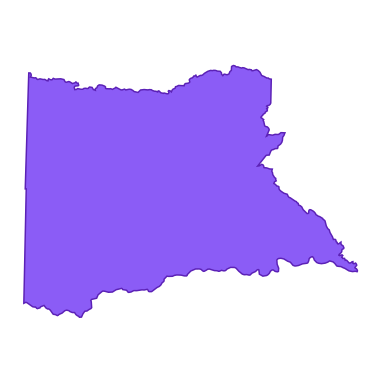 outline of Rondolândia, Mato Grosso, Brazil, rotated 91°
{"feature_id": "56859067B82212830929298", "entity_name": "Rondolândia", "entity_type": "district", "adm_level": 2, "iso_a3": "BRA", "parent_name": "Brazil", "parent_adm1": "Mato Grosso", "projection": "natural_earth1", "projection_center": [-60.996, -10.314], "detail": "fine", "context": "isolated", "style": "filled", "palette": "violet", "viewbox_px": 384, "rotation_deg": 91, "n_neighbors": 0, "source": "geoboundaries", "source_scale": "gbopen_adm2", "svg_char_len": 5889}
<svg xmlns="http://www.w3.org/2000/svg" viewBox="0 0 384 384"><g transform="rotate(91 192 192)"><path d="M191.8,358.8L191.8,357.8L306.2,358.2L305.2,356.2L305.6,355.0L309.5,349.3L309.8,347.6L309.7,346.7L310.2,345.9L310.9,345.4L311.3,344.6L310.5,342.0L309.5,341.5L308.0,338.0L310.6,335.9L311.5,334.3L311.4,333.3L312.5,331.7L316.5,328.8L316.8,328.0L316.9,326.6L317.9,324.5L317.6,323.7L316.8,322.9L315.3,319.7L312.9,317.1L312.3,315.2L312.9,312.8L313.7,311.9L314.6,309.5L314.6,307.3L316.6,305.9L317.8,304.3L318.2,303.2L319.2,302.4L319.0,300.3L315.7,298.9L313.1,297.1L312.8,294.9L311.5,293.2L310.3,291.0L309.4,290.3L303.5,290.8L302.2,291.3L301.1,290.4L299.9,285.5L296.4,284.1L292.8,279.9L292.6,279.0L292.8,277.3L293.7,273.8L293.4,269.8L291.0,266.1L289.6,260.7L289.9,260.1L290.8,259.5L291.3,256.0L291.7,255.4L293.1,254.4L293.5,253.5L293.0,251.1L291.6,248.5L291.6,245.5L290.7,240.3L290.8,238.1L290.1,235.1L291.1,234.1L292.1,233.7L292.4,232.8L292.3,230.6L288.1,225.3L287.0,223.1L285.6,221.6L283.3,220.3L282.0,218.7L281.2,218.4L279.7,218.4L276.6,215.6L276.8,213.9L276.6,210.0L275.7,208.2L275.2,205.8L275.3,201.3L276.0,198.3L276.0,196.0L275.5,195.4L274.7,195.3L271.0,191.8L268.9,187.1L268.8,183.3L269.2,181.6L270.7,179.9L271.1,179.1L271.0,178.3L269.9,176.3L269.0,175.1L268.7,173.4L270.2,168.2L270.3,165.6L270.8,164.0L270.7,163.1L269.8,161.2L270.3,158.7L270.1,157.5L269.6,156.7L268.4,155.6L266.7,152.1L266.7,148.1L267.4,146.6L270.3,143.9L273.2,140.3L273.8,138.4L273.6,135.8L274.1,133.5L274.0,132.5L272.0,130.5L270.4,127.1L268.6,125.3L268.4,124.4L268.7,123.8L273.0,123.2L274.9,119.7L274.2,116.0L273.6,114.9L272.0,113.3L269.7,112.1L268.5,110.4L268.6,109.2L269.8,107.7L270.1,106.7L270.3,105.1L269.9,104.2L266.7,104.0L262.8,105.6L258.6,106.0L257.6,105.3L257.0,104.3L256.7,102.0L257.3,99.0L259.5,95.2L260.5,92.4L263.6,89.7L264.2,87.8L264.1,86.7L263.6,84.2L261.9,80.2L261.2,75.7L260.7,74.9L258.8,74.1L256.7,73.7L255.7,72.9L254.7,71.3L254.6,70.3L256.0,69.2L257.9,68.5L260.3,66.1L261.0,64.3L261.4,61.3L260.8,57.6L259.7,54.9L258.5,53.2L259.4,49.8L260.9,48.0L263.4,46.0L263.7,44.9L264.0,41.7L265.2,39.3L265.5,38.2L268.1,33.7L268.8,30.1L268.4,27.4L268.8,25.5L268.1,25.2L267.3,25.3L265.9,26.2L265.4,27.4L264.7,27.8L262.3,26.0L261.2,26.4L260.2,27.2L260.9,28.8L260.6,29.6L260.0,30.2L259.4,29.8L258.8,29.9L259.0,30.8L259.9,31.8L260.3,32.8L260.1,33.8L257.8,35.9L257.3,36.9L257.6,37.6L255.7,38.3L255.8,40.1L255.1,40.4L254.8,41.1L253.8,40.8L252.9,40.1L252.2,40.9L253.0,43.3L252.7,44.0L251.8,43.8L250.0,41.8L249.2,41.3L246.8,41.0L246.1,39.5L245.3,39.1L243.2,40.0L242.3,41.4L241.5,42.1L239.5,42.2L241.3,44.5L241.3,45.3L240.7,45.9L239.8,46.0L239.3,46.9L237.4,47.4L236.8,48.2L237.0,49.8L234.3,50.8L230.1,53.3L227.5,54.1L226.2,55.7L223.7,57.1L218.6,58.5L217.9,59.1L217.0,60.5L216.2,60.8L214.3,64.0L214.0,65.4L213.4,66.0L212.7,67.4L212.2,67.9L211.4,68.1L210.0,69.3L209.1,70.3L207.7,72.9L207.6,73.9L208.1,74.6L209.0,74.9L211.0,75.0L211.5,75.7L211.5,76.6L207.7,80.6L205.0,82.0L203.8,83.5L203.2,85.2L201.5,85.6L200.8,86.8L199.8,87.5L199.1,89.1L196.1,93.6L195.7,94.8L194.8,95.7L192.6,96.7L191.6,100.1L189.6,103.1L188.2,104.6L187.4,105.0L185.3,105.2L184.7,106.1L184.4,107.5L183.0,108.6L182.1,110.3L180.4,109.7L179.4,108.0L178.2,108.5L176.9,108.5L176.1,109.7L173.1,111.6L171.4,111.8L169.8,112.6L167.7,112.1L167.6,114.7L166.6,117.7L166.4,120.4L164.7,120.8L163.6,121.5L163.1,122.8L164.6,125.1L164.9,126.8L154.2,118.6L153.9,117.9L153.7,115.4L149.9,114.0L148.9,113.3L148.3,112.4L148.1,111.2L147.3,110.0L147.0,107.3L146.4,107.0L144.5,106.8L142.6,104.3L140.8,103.1L138.8,102.5L135.6,102.3L133.9,101.1L131.2,100.1L131.1,104.1L132.5,105.8L133.0,106.9L132.9,110.0L133.8,112.4L133.2,116.8L134.6,117.9L134.9,118.5L128.6,115.9L127.7,116.1L126.8,116.6L125.6,117.8L125.1,119.8L124.5,120.5L120.3,121.5L119.4,122.1L118.3,121.6L117.9,122.4L117.2,122.8L116.7,124.1L116.0,124.4L114.6,123.3L114.2,122.7L113.2,122.3L111.8,120.3L110.9,120.1L109.5,118.1L108.5,118.4L107.9,118.1L107.2,118.7L106.7,117.8L106.1,117.6L104.9,118.9L104.3,118.2L104.1,116.7L103.0,115.4L101.7,114.8L77.8,114.7L77.5,116.8L76.7,117.7L76.7,119.3L75.3,121.8L74.3,124.4L71.1,126.1L69.5,127.8L68.5,129.6L69.7,133.3L69.7,134.2L68.8,134.7L68.4,137.0L68.7,138.0L67.0,142.0L66.8,143.5L67.2,144.5L66.7,146.7L66.1,148.2L66.1,150.1L65.1,151.3L64.8,152.9L65.8,154.6L69.7,154.8L71.0,156.2L73.3,157.1L74.0,158.4L74.1,159.5L73.6,161.4L73.7,162.1L75.1,163.2L73.7,164.5L72.4,164.6L70.8,165.9L70.7,168.6L70.0,170.6L70.0,172.7L70.3,173.7L70.1,175.5L71.1,178.4L73.1,181.6L74.8,183.4L75.3,184.6L75.3,185.8L77.0,188.8L76.7,189.4L75.1,190.2L76.0,191.3L76.0,192.2L77.7,193.4L78.4,195.3L79.2,196.3L79.9,196.7L82.0,196.1L82.8,196.8L83.2,197.5L83.7,200.6L84.6,201.4L85.9,201.7L85.7,207.3L86.7,209.1L87.0,210.3L88.5,210.7L89.6,212.9L90.6,213.7L92.3,214.4L91.2,215.7L91.0,217.0L91.6,217.5L93.0,216.8L94.0,217.3L94.3,218.3L93.5,221.7L93.9,222.3L93.3,225.0L91.7,226.5L91.5,227.5L92.6,228.0L91.9,229.8L91.9,231.2L91.2,233.3L90.4,234.6L90.4,236.6L90.7,237.8L90.4,241.7L90.9,245.2L93.4,247.7L92.6,251.6L91.5,252.9L90.5,254.7L90.3,256.5L91.1,260.0L90.3,261.3L91.2,263.8L91.0,265.1L88.6,269.9L89.1,270.3L90.8,273.4L90.1,275.1L90.3,276.3L90.2,279.3L90.0,280.0L89.4,280.4L88.5,280.3L87.7,281.1L86.7,283.8L86.5,286.7L87.6,288.2L89.5,289.0L90.2,290.3L91.0,290.6L92.0,290.4L91.3,292.4L89.2,293.7L88.8,296.1L89.3,296.9L90.2,297.5L90.4,298.7L90.1,300.1L90.3,301.9L91.2,303.1L91.2,304.8L90.6,308.2L91.5,309.4L91.7,311.0L89.3,311.6L88.5,311.1L88.1,310.5L87.8,307.7L87.1,307.1L86.2,307.6L85.2,307.7L85.2,308.7L84.0,310.0L84.9,311.0L85.6,313.5L84.1,315.9L83.7,317.1L84.5,319.7L84.0,320.8L81.8,322.0L81.1,325.2L81.5,330.9L80.8,332.7L82.2,333.9L82.3,334.7L82.1,335.8L81.3,337.2L82.1,337.8L83.3,337.8L83.3,338.9L82.0,341.1L82.1,342.9L81.5,346.0L82.2,348.1L81.9,349.0L81.0,349.5L80.5,350.4L80.7,351.7L79.9,355.5L78.0,354.7L76.5,355.2L75.8,355.8L75.8,357.3L191.8,358.8Z" fill="#8b5cf6" stroke="#5b21b6" stroke-width="1.5"/></g></svg>